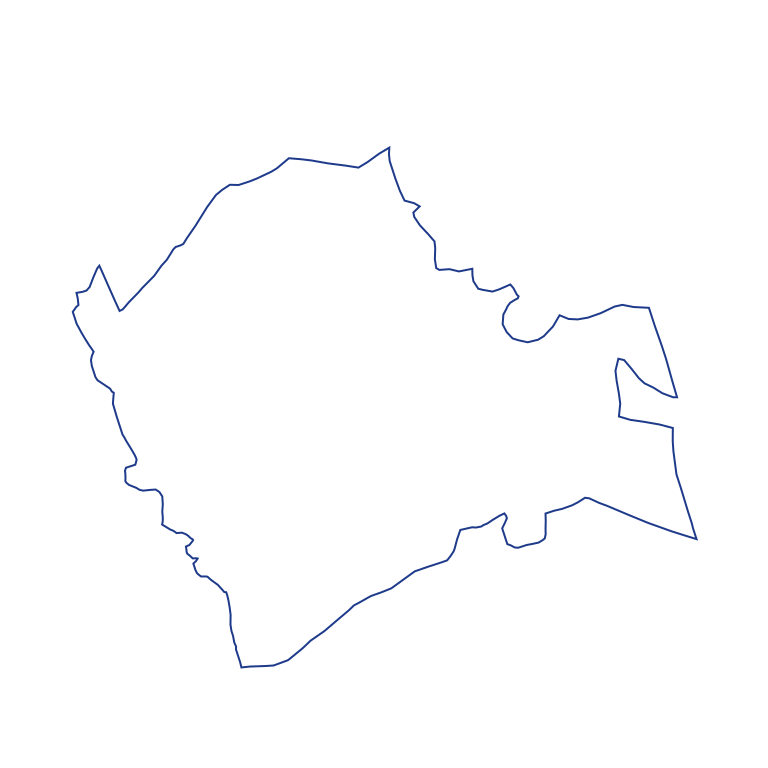 Al-Rifai, Dhi-Qar, Iraq, rotated 252°
{"feature_id": "34846034B62362991729870", "entity_name": "Al-Rifai", "entity_type": "district", "adm_level": 2, "iso_a3": "IRQ", "parent_name": "Iraq", "parent_adm1": "Dhi-Qar", "projection": "robinson", "projection_center": [46.048, 31.665], "detail": "fine", "context": "isolated", "style": "outline", "palette": "blue", "viewbox_px": 768, "rotation_deg": 252, "n_neighbors": 0, "source": "geoboundaries", "source_scale": "gbopen_adm2", "svg_char_len": 3898}
<svg xmlns="http://www.w3.org/2000/svg" viewBox="0 0 768 768"><g transform="rotate(252 384 384)"><path d="M196.8,389.6L199.6,393.8L203.2,398.4L205.3,400.1L213.8,405.6L221.6,411.5L220.5,423.6L219.1,427.0L218.4,432.5L219.1,435.0L219.4,439.2L221.2,445.5L223.0,453.1L223.7,458.5L220.8,459.4L218.4,459.4L216.9,458.1L214.5,456.0L210.2,451.8L205.6,451.8L199.6,451.8L193.6,451.8L191.4,454.7L188.2,457.7L186.8,461.0L186.8,464.4L186.8,469.9L186.1,475.3L185.4,482.0L186.5,486.7L187.5,489.2L191.1,491.3L196.7,493.0L203.8,495.5L210.9,497.6L210.9,501.0L210.9,506.8L210.2,514.8L210.5,525.3L211.6,532.1L213.7,540.0L211.9,543.8L204.5,551.8L199.2,558.5L183.2,577.0L170.4,592.1L154.8,612.3L147.3,622.8L139.9,633.3L140.9,633.3L146.3,633.3L150.9,633.3L156.9,633.7L169.0,633.7L193.4,634.2L207.6,634.2L230.8,638.5L240.3,640.9L252.9,645.1L260.4,633.4L267.8,619.4L273.8,607.2L280.5,597.4L292.3,602.6L302.1,604.4L315.5,606.3L325.0,608.2L335.6,614.7L332.5,619.8L322.2,624.0L310.8,628.2L304.1,632.0L297.4,639.0L289.1,646.0L282.0,654.9L280.8,658.6L297.8,659.1L320.2,660.0L334.4,660.0L355.3,659.5L371.1,659.5L374.6,659.5L380.1,645.1L385.6,635.2L386.4,627.3L384.4,611.9L384.1,598.4L385.6,588.1L388.8,579.7L395.1,572.2L386.4,562.4L384.0,557.9L380.1,550.8L378.5,544.2L379.3,533.5L384.0,525.5L387.6,520.4L395.5,516.7L404.1,515.3L413.2,519.0L416.7,522.7L419.9,525.7L422.2,529.0L423.5,534.0L424.1,537.7L425.8,539.1L427.1,538.4L427.9,538.0L435.2,536.7L439.6,534.9L438.4,522.7L438.4,515.7L443.1,506.9L445.5,503.1L454.1,500.8L460.0,501.7L466.3,503.6L467.9,490.1L473.0,481.7L475.4,471.9L478.1,469.5L486.8,470.9L497.4,474.7L504.1,476.1L506.3,475.1L513.9,471.9L514.8,471.4L523.8,467.2L533.6,464.4L538.0,464.9L541.9,472.8L546.6,468.6L552.1,460.2L563.1,458.8L576.1,458.3L585.2,458.3L594.2,458.3L600.9,459.7L607.2,462.1L604.5,450.4L600.1,436.8L597.7,426.6L603.6,414.9L611.1,399.0L619.0,384.1L623.3,374.8L628.1,363.3L622.2,348.7L620.7,342.3L618.7,326.5L618.2,318.9L618.2,307.2L621.1,299.0L618.7,290.2L615.7,282.6L606.8,270.3L593.0,253.9L583.6,241.6L579.2,236.4L578.7,232.9L578.7,229.9L578.7,228.2L577.2,225.3L569.3,215.9L565.3,208.9L557.9,198.9L550.0,183.7L547.1,179.0L540.7,166.8L535.7,158.6L535.2,155.1L545.6,153.9L546.5,153.8L562.8,152.1L579.6,150.4L584.5,149.8L582.5,146.9L575.1,140.4L567.2,134.0L564.8,129.9L564.8,125.8L565.7,119.7L560.2,119.2L553.5,117.8L552.3,115.0L548.8,110.3L545.7,110.3L542.9,110.3L536.2,110.3L526.0,112.2L519.7,113.6L512.2,115.5L506.3,117.3L504.4,117.8L501.2,115.0L497.3,112.7L491.4,111.7L484.7,111.7L479.6,111.7L476.1,112.7L471.4,116.4L464.3,122.0L460.8,122.9L459.2,124.3L457.5,123.6L452.5,121.5L449.0,120.1L435.2,119.7L427.3,119.7L423.0,119.7L418.7,119.7L416.7,119.7L413.2,120.6L410.1,121.1L400.6,123.4L394.3,124.8L390.8,125.3L388.4,125.3L386.1,123.9L384.1,122.5L384.1,116.9L384.1,112.7L381.4,110.8L378.6,110.3L373.9,108.9L371.5,108.0L369.6,108.5L366.8,110.3L361.7,116.4L359.0,118.7L357.0,122.0L355.4,129.5L354.2,134.2L350.7,137.0L345.6,138.4L338.1,136.5L331.1,133.7L325.2,132.3L321.2,130.9L318.9,129.5L315.7,132.3L311.8,135.6L309.4,138.4L306.3,140.7L305.1,145.8L302.4,149.1L300.0,151.0L297.2,152.4L295.7,153.8L294.5,154.2L293.7,153.3L291.0,149.1L290.6,145.4L287.4,144.9L285.5,144.4L283.5,144.4L280.7,146.3L277.2,148.2L276.4,151.4L275.6,152.8L273.7,150.5L272.1,147.2L268.9,147.2L265.4,147.2L261.9,147.7L260.3,148.6L257.5,150.5L256.0,155.2L255.2,156.6L251.9,158.5L250.5,159.4L244.2,164.0L241.0,165.4L237.9,166.8L235.5,167.8L234.7,169.6L231.2,169.6L226.5,169.2L219.4,168.2L211.9,166.8L202.5,163.6L196.2,162.6L191.1,162.6L184.4,161.7L180.1,162.2L177.3,161.2L173.0,161.2L170.3,161.2L165.9,161.2L163.6,161.2L158.5,160.8L156.7,169.2L152.4,184.2L150.4,192.0L151.0,207.4L153.5,213.9L157.9,225.1L162.6,234.9L167.5,251.1L173.5,265.6L179.8,281.0L182.7,286.9L184.1,294.7L185.4,301.0L186.4,306.1L186.7,317.5L187.4,327.8L196.3,355.3L196.6,368.7L196.6,384.4L196.8,389.6Z" fill="none" stroke="#1e3a8a" stroke-width="2"/></g></svg>